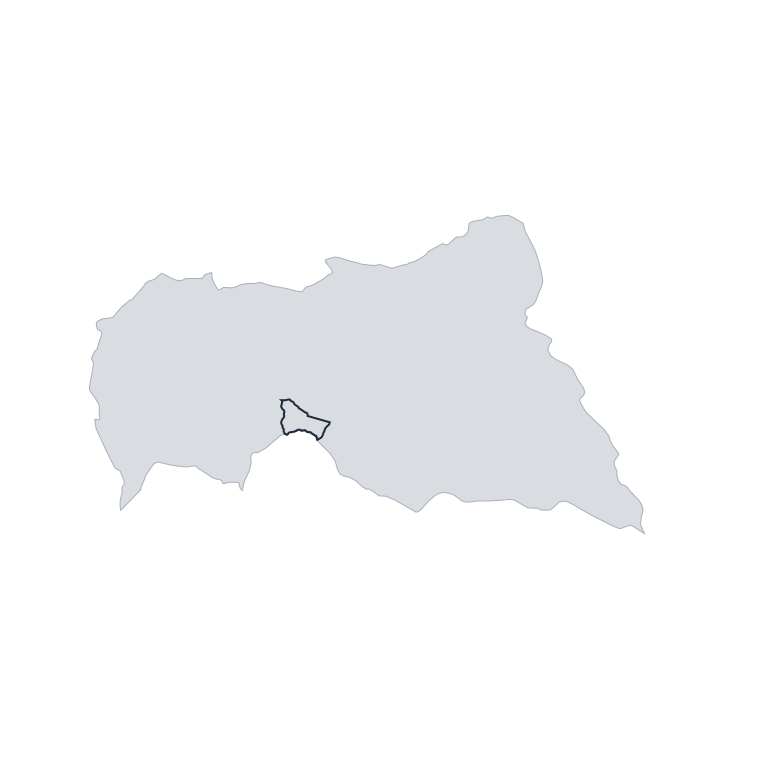 Djoukou, Kémo, Central African Republic shown in context, rotated 17°
{"feature_id": "33826404B12088014945622", "entity_name": "Djoukou", "entity_type": "district", "adm_level": 2, "iso_a3": "CAF", "parent_name": "Central African Republic", "parent_adm1": "Kémo", "projection": "albers", "projection_center": [19.458, 5.319], "detail": "fine", "context": "in_parent", "style": "outline", "palette": "slate", "viewbox_px": 768, "rotation_deg": 17, "n_neighbors": 0, "source": "geoboundaries", "source_scale": "gbopen_adm2", "svg_char_len": 5996}
<svg xmlns="http://www.w3.org/2000/svg" viewBox="0 0 768 768"><g transform="rotate(17 384 384)"><path d="M524.1,290.1L530.7,291.8L531.9,293.8L530.1,300.5L531.4,304.7L535.2,308.2L539.0,309.6L542.6,310.5L555.2,312.5L560.5,314.9L567.5,322.7L576.2,329.7L578.4,333.5L578.0,336.9L575.5,341.1L575.9,342.8L579.9,346.9L584.6,351.2L593.0,355.8L607.6,363.1L614.3,368.0L616.6,371.7L620.3,375.8L625.6,379.5L629.1,382.4L626.8,390.5L627.5,393.2L628.9,395.5L631.9,398.7L633.2,402.8L636.3,408.0L639.9,410.3L645.9,411.1L649.1,413.4L655.7,417.4L662.1,420.9L664.9,423.3L666.6,425.5L668.1,428.0L668.8,430.6L669.0,436.1L670.2,442.9L673.7,447.6L676.9,451.0L663.8,447.2L661.9,447.1L659.6,447.8L652.8,452.8L650.7,453.5L642.1,452.5L621.3,448.9L605.3,445.3L600.5,444.0L592.0,442.8L586.3,445.4L581.1,454.2L579.6,455.9L571.3,458.6L567.4,457.9L557.8,460.4L542.9,456.9L537.6,457.7L533.5,459.5L522.8,463.6L516.4,465.9L508.9,468.0L501.7,471.2L496.9,473.0L492.2,473.0L488.0,471.2L483.3,469.7L477.7,469.4L471.9,470.4L467.0,473.9L465.0,476.4L460.8,483.1L455.8,493.9L453.8,496.1L452.1,497.2L428.8,491.9L418.8,490.7L412.0,492.4L403.5,489.4L399.8,488.9L398.1,489.8L393.3,488.5L385.6,484.8L378.3,483.3L371.7,483.8L367.7,482.6L364.4,479.0L360.2,472.5L352.6,466.0L342.5,460.8L336.2,456.9L333.6,454.2L328.2,452.8L319.8,452.5L311.8,455.1L300.3,463.2L289.6,479.9L283.6,486.3L278.8,487.9L277.6,491.9L280.0,498.3L280.6,505.7L278.9,518.2L279.5,527.3L276.9,525.8L274.5,521.6L273.3,520.7L266.3,522.6L262.6,524.3L260.6,526.0L259.1,526.3L256.9,523.9L255.1,523.5L252.3,523.9L249.5,523.9L247.6,523.6L246.4,523.8L243.1,522.4L230.9,518.9L228.8,517.7L226.4,517.8L220.1,520.8L216.7,521.7L206.7,523.5L195.9,524.4L191.7,524.4L188.9,525.8L187.1,527.7L183.6,539.2L182.7,541.2L182.9,544.1L181.9,553.4L182.3,556.3L169.2,581.7L167.1,577.4L165.8,572.4L165.3,566.7L165.6,565.2L164.8,563.5L163.7,558.9L164.8,555.9L163.9,552.7L161.5,549.6L159.2,547.2L157.9,545.1L156.8,544.2L154.3,543.8L150.9,542.7L136.7,527.7L121.8,510.8L118.9,505.3L117.7,502.2L121.3,501.8L122.2,501.3L122.3,499.8L120.1,495.5L119.0,490.0L117.2,486.7L111.4,481.5L105.9,477.5L104.1,475.5L103.1,472.6L101.1,454.5L100.2,449.3L98.5,447.0L97.2,446.0L96.8,444.7L97.0,441.5L97.8,438.6L97.7,437.5L99.3,434.9L99.4,418.2L97.6,415.9L94.3,415.8L92.5,413.3L91.1,410.2L91.5,408.1L94.8,404.7L96.9,403.4L103.3,400.7L105.1,399.4L106.2,397.8L106.9,395.5L110.7,386.9L116.2,378.4L118.5,376.6L124.2,364.0L125.5,360.8L126.4,357.5L128.2,355.0L134.2,350.7L138.8,343.2L143.7,343.7L148.8,344.9L155.3,345.5L160.3,344.1L163.6,341.2L179.3,336.2L180.5,332.2L183.0,330.1L185.9,328.2L186.9,328.0L187.1,329.3L188.8,333.5L192.3,337.7L197.6,342.3L199.1,342.0L202.3,338.6L210.5,336.5L212.6,335.5L218.4,330.5L225.4,327.3L229.5,326.2L236.5,322.8L241.6,323.3L249.6,322.8L263.1,321.2L272.8,320.7L277.7,320.1L278.9,319.4L280.8,314.6L282.3,313.2L285.9,311.1L293.1,303.8L297.8,297.7L299.2,295.5L300.2,295.1L302.2,292.5L300.2,289.8L292.2,284.3L292.3,283.6L291.9,282.6L292.3,281.9L295.4,279.7L299.5,277.1L303.9,276.2L315.3,276.4L325.1,275.8L327.3,276.0L334.9,274.7L340.1,273.5L345.5,270.9L357.6,271.1L367.7,264.4L370.6,263.2L371.8,262.2L372.2,261.1L376.9,258.5L382.2,253.0L386.4,248.0L387.5,244.5L398.9,232.7L402.8,232.9L404.8,231.5L409.3,223.6L410.7,222.1L415.3,220.7L417.6,218.4L419.5,214.9L419.5,210.6L418.6,207.2L418.6,205.5L419.7,204.0L421.5,202.4L430.1,198.1L432.3,196.1L433.6,194.2L436.0,193.9L438.7,194.1L440.4,192.9L442.2,191.0L448.2,188.4L453.8,186.3L459.6,187.1L470.2,189.7L473.4,195.3L474.9,197.2L488.0,210.5L490.6,213.6L497.1,223.2L501.1,229.7L505.7,239.0L506.2,244.1L505.6,248.5L504.8,260.9L503.6,264.4L497.9,271.1L497.7,274.1L498.9,276.6L500.7,277.6L501.7,278.9L501.1,284.7L503.2,286.9L507.5,288.4L518.4,289.3L524.1,290.1Z" fill="#d9dde1" stroke="#a8b0b8" stroke-width="1"/><path d="M343.4,438.7L343.3,436.5L320.4,436.9L320.0,436.0L319.6,435.0L318.4,434.1L317.2,434.3L311.9,432.6L309.4,432.0L308.9,431.0L305.6,430.0L304.0,429.3L302.9,428.0L302.0,427.7L300.4,427.5L299.3,427.2L298.9,426.5L297.8,426.5L297.1,426.8L295.9,427.5L294.0,428.5L290.6,429.5L291.2,429.8L291.9,430.6L292.0,431.9L292.2,435.6L294.1,437.6L296.2,438.6L297.0,439.9L296.8,441.5L297.4,442.6L298.1,444.8L296.9,448.1L296.9,451.0L297.9,452.6L299.3,453.7L299.7,455.4L301.3,456.5L301.6,457.1L301.6,458.0L302.4,459.3L303.6,460.6L304.1,460.5L304.5,460.6L305.0,460.7L305.1,460.8L305.3,461.0L305.5,461.1L305.9,461.0L306.1,460.9L306.4,460.6L306.6,460.4L306.7,460.1L306.8,459.9L306.8,459.6L306.9,459.4L307.0,459.2L307.2,458.7L307.3,458.5L307.5,458.2L307.8,457.9L308.5,457.5L308.7,457.4L309.0,457.3L309.2,457.2L309.6,457.2L309.8,457.1L310.0,457.0L310.3,456.8L310.5,456.6L310.8,456.4L311.0,456.3L311.3,456.2L311.5,456.1L311.9,455.9L312.1,455.8L312.3,455.8L312.4,455.7L312.6,455.5L312.7,455.3L312.8,455.2L313.0,455.1L313.3,455.0L313.5,454.9L313.8,454.5L313.8,454.3L313.9,454.1L313.9,453.9L314.1,453.8L314.4,453.6L314.8,453.3L315.1,453.0L315.4,452.8L315.8,452.6L316.1,452.5L316.3,452.4L316.6,452.3L316.9,452.3L317.2,452.3L317.5,452.4L317.7,452.5L317.9,452.5L318.1,452.5L318.4,452.6L318.6,452.7L318.7,452.8L318.9,452.8L319.2,452.7L319.4,452.6L319.5,452.4L319.9,452.1L320.1,452.1L320.3,452.0L320.6,451.8L320.7,451.7L320.9,451.6L321.1,451.5L321.3,451.5L321.7,451.5L322.0,451.5L322.3,451.4L322.6,451.5L322.9,451.5L323.3,451.6L323.6,451.8L324.0,452.0L324.5,452.2L324.9,452.4L325.1,452.4L325.4,452.2L325.7,452.1L326.0,451.9L326.5,451.8L327.1,451.8L327.5,451.7L327.9,451.6L328.3,451.7L328.8,451.9L329.2,452.2L329.4,452.3L329.8,452.5L330.1,452.6L330.4,452.6L330.6,452.7L330.9,452.8L331.3,452.8L331.7,452.9L332.1,453.0L332.3,453.1L332.6,453.3L332.8,453.4L333.2,453.6L333.5,453.6L333.8,453.6L334.0,453.5L334.2,453.4L334.4,453.5L334.6,453.7L334.8,454.0L335.0,454.4L335.3,454.7L335.5,454.9L335.6,455.0L335.8,455.2L335.8,455.3L335.8,455.5L335.8,455.8L335.9,456.0L336.0,456.3L336.1,456.6L336.2,456.8L336.4,456.9L336.5,457.0L339.0,454.3L339.8,453.3L340.5,450.3L340.3,448.2L340.7,447.0L340.7,444.2L341.3,442.4L342.2,440.6L343.4,438.7Z" fill="none" stroke="#1e293b" stroke-width="2"/></g></svg>